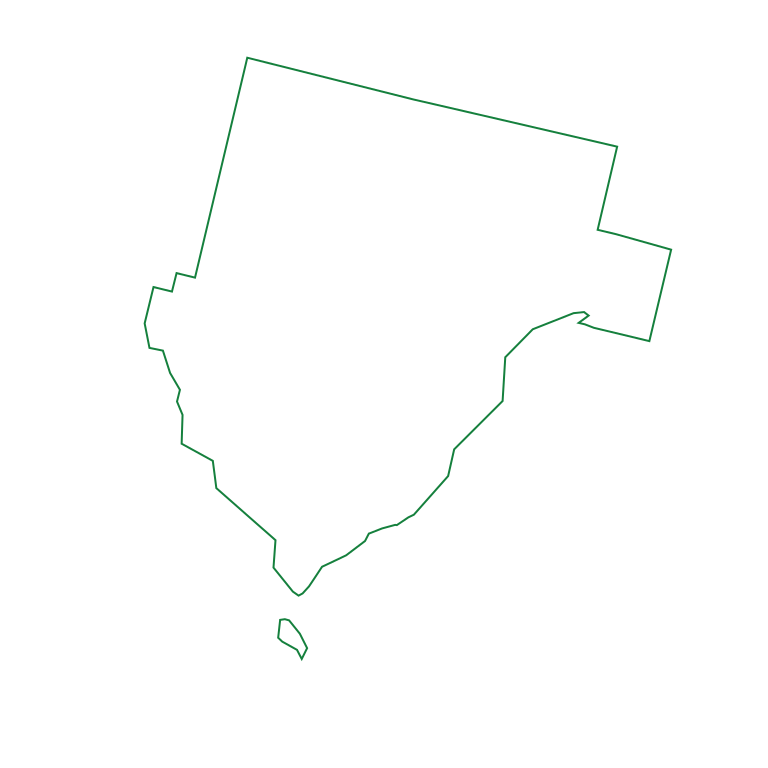 Anchorage, Alaska, United States of America, rotated 284°
{"feature_id": "52423323B58185108898", "entity_name": "Anchorage", "entity_type": "district", "adm_level": 2, "iso_a3": "USA", "parent_name": "United States of America", "parent_adm1": "Alaska", "projection": "orthographic", "projection_center": [-149.538, 61.109], "detail": "fine", "context": "isolated", "style": "outline", "palette": "green", "viewbox_px": 768, "rotation_deg": 284, "n_neighbors": 0, "source": "geoboundaries", "source_scale": "gbopen_adm2", "svg_char_len": 970}
<svg xmlns="http://www.w3.org/2000/svg" viewBox="0 0 768 768"><g transform="rotate(284 384 384)"><path d="M667.5,172.4L661.0,172.5L441.5,174.9L441.4,155.9L422.4,155.9L422.3,136.9L384.9,137.1L362.3,147.7L362.9,161.4L342.9,173.8L341.8,174.9L329.0,187.4L316.9,187.4L305.3,196.0L277.1,202.1L268.0,236.5L252.7,242.5L242.4,246.5L218.3,293.1L209.7,309.8L206.2,316.5L179.1,321.2L160.5,345.8L158.0,352.3L161.1,355.7L169.5,360.2L178.1,363.3L191.7,368.1L193.3,370.1L208.6,388.7L227.1,403.6L235.2,405.5L235.5,406.0L243.4,417.1L250.0,428.9L250.2,430.6L260.5,439.9L264.4,444.6L310.2,468.5L337.6,467.9L396.2,503.2L439.3,495.2L473.1,515.1L498.6,550.8L502.2,560.7L499.9,566.0L490.4,558.1L490.5,564.5L489.3,574.0L489.8,631.1L583.8,630.1L585.5,573.0L585.3,554.0L670.7,552.8L668.3,406.5L667.2,343.6L667.5,172.4ZM105.0,363.9L97.3,370.7L109.1,373.3L121.3,362.8L131.7,349.1L131.8,344.7L130.0,340.3L112.2,342.7L109.4,347.6L105.0,363.9Z" fill="none" stroke="#15803d" stroke-width="2"/></g></svg>